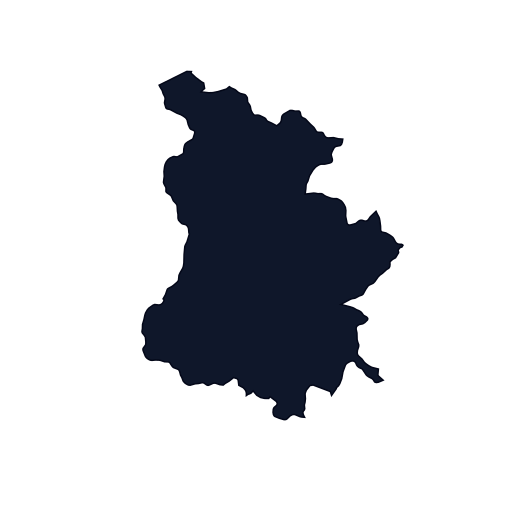 the District of Rasinski, rotated 123°
{"feature_id": "SRB-833", "entity_name": "Rasinski", "entity_type": "District", "adm_level": 1, "iso_a3": "SRB", "parent_name": "Republic of Serbia", "parent_adm1": "", "projection": "mercator", "projection_center": [21.143, 43.49], "detail": "fine", "context": "isolated", "style": "filled", "palette": "ink", "viewbox_px": 512, "rotation_deg": 123, "n_neighbors": 0, "source": "natural_earth", "source_scale": "10m", "svg_char_len": 6155}
<svg xmlns="http://www.w3.org/2000/svg" viewBox="0 0 512 512"><g transform="rotate(123 256 256)"><path d="M148.3,391.5L144.8,384.5L142.5,381.2L138.8,377.4L132.0,371.7L128.5,370.6L128.5,368.2L127.9,364.6L127.9,363.5L128.4,359.9L128.3,358.8L128.2,357.7L126.9,353.9L126.7,352.9L126.9,351.9L127.7,350.0L128.1,349.4L131.1,347.1L131.6,346.5L132.7,343.8L133.6,342.3L136.2,339.8L136.9,338.8L138.1,336.7L138.7,334.8L138.7,334.0L138.4,333.4L137.1,331.7L136.5,330.6L136.1,329.3L135.5,324.5L135.5,322.9L136.4,321.1L136.7,319.7L136.0,315.3L135.5,309.5L131.5,308.3L130.3,308.2L128.5,308.6L125.5,310.1L124.3,310.4L122.8,310.3L121.8,310.0L115.3,306.7L114.2,304.9L113.2,302.1L111.1,299.1L111.0,298.5L111.2,297.7L111.8,296.8L113.9,294.7L114.5,293.2L114.6,292.3L114.2,290.1L114.2,289.0L115.8,282.3L116.6,277.7L117.0,276.6L118.6,273.3L118.7,272.4L118.5,271.5L116.6,268.5L116.3,267.6L116.3,266.9L116.6,266.2L117.7,264.3L118.2,262.9L118.3,261.9L118.1,260.8L117.6,259.7L114.5,255.5L112.8,250.7L110.7,246.9L113.6,245.6L115.9,245.1L117.5,245.5L120.3,248.4L121.6,249.2L123.1,249.4L127.2,249.0L129.8,248.3L130.7,247.5L133.1,244.8L133.9,244.2L134.7,243.8L136.1,243.7L137.1,244.2L138.0,244.9L141.0,247.8L141.8,248.7L143.3,251.1L144.6,252.4L146.6,253.5L149.1,254.5L153.0,255.0L159.6,254.8L164.9,253.3L167.7,253.1L168.9,252.8L172.7,250.7L177.3,248.5L171.9,242.0L171.2,240.8L170.0,238.0L168.2,235.4L167.8,233.9L168.0,231.5L167.8,229.4L166.7,224.6L165.8,222.5L163.9,219.5L163.6,218.2L163.4,215.6L163.4,214.2L164.0,212.2L165.1,209.8L166.5,207.5L168.9,205.4L173.3,202.8L174.3,202.0L179.2,197.2L179.5,196.2L179.5,195.3L179.1,194.4L178.4,193.6L174.4,190.0L170.7,188.9L169.3,188.1L168.3,186.7L167.4,183.6L166.8,182.8L166.0,182.1L164.5,181.6L160.8,181.5L153.1,179.7L154.7,177.2L156.2,174.4L157.2,173.0L159.1,171.2L163.1,167.8L166.3,165.6L166.8,165.1L167.2,164.3L167.3,163.4L165.9,159.6L165.7,157.0L165.6,154.3L165.8,151.7L166.2,150.4L168.0,147.1L168.5,146.0L168.7,144.8L168.6,143.7L168.3,142.6L166.9,140.3L166.8,139.4L166.9,138.6L169.0,138.5L170.4,139.7L173.4,140.1L173.9,139.8L175.1,138.5L175.6,138.2L181.5,138.0L184.5,139.6L187.6,140.4L188.6,140.1L190.1,139.0L191.9,138.1L193.3,137.9L194.2,138.1L196.2,139.1L201.6,140.5L204.6,141.7L207.1,142.2L212.6,142.4L214.7,142.8L215.4,143.1L218.7,145.2L220.2,145.7L224.4,145.8L229.6,145.4L231.1,145.9L233.2,147.6L236.7,149.5L237.6,150.1L239.4,152.1L240.8,153.2L250.4,158.5L247.4,149.6L246.6,146.7L246.4,145.2L246.3,142.5L245.8,140.0L245.7,137.8L246.1,136.1L247.0,133.9L247.1,132.9L246.9,130.5L247.0,129.5L247.3,128.6L247.8,128.0L249.0,127.7L252.6,128.5L254.7,129.5L257.3,132.1L258.1,132.5L259.8,133.1L261.0,133.1L262.7,132.3L265.6,129.4L271.0,125.7L272.7,123.9L274.6,121.4L276.2,120.5L279.9,119.5L282.2,118.3L283.0,117.5L283.7,116.5L284.0,115.5L284.7,111.0L286.2,107.1L286.5,104.5L286.6,101.8L286.4,99.0L286.1,97.6L284.1,91.8L289.0,89.2L289.7,88.6L290.0,87.6L290.9,81.7L295.2,84.6L296.6,86.2L297.0,87.5L297.0,88.0L295.9,90.3L295.6,91.9L296.0,95.5L295.9,97.8L295.7,98.8L293.2,104.6L292.9,105.6L293.4,108.7L293.2,110.8L292.6,112.3L291.3,114.2L290.8,115.7L290.9,116.7L291.5,118.0L292.3,118.9L293.2,119.6L296.2,121.2L298.0,121.6L299.1,121.5L305.7,120.0L312.2,117.3L317.4,116.2L319.9,116.1L322.9,116.9L323.4,116.4L331.8,116.7L329.2,119.8L333.1,137.8L335.3,140.2L341.1,140.7L344.0,140.1L345.1,139.6L348.8,136.8L352.0,135.2L354.6,134.3L357.6,131.9L359.1,131.6L360.5,131.8L362.0,131.3L363.5,129.6L364.8,127.4L366.3,130.2L366.8,131.6L367.8,137.1L368.7,138.5L369.3,139.1L371.4,140.3L375.8,141.3L376.9,141.9L377.5,142.6L378.0,143.4L379.4,148.1L380.3,152.8L380.2,153.7L379.5,155.0L377.8,156.6L375.2,158.0L374.1,158.3L373.1,158.3L370.4,157.5L369.4,157.4L368.1,157.9L367.6,158.4L366.9,159.7L366.3,167.7L368.5,167.7L370.8,171.3L372.2,175.1L372.4,179.5L370.7,185.0L373.5,185.4L375.1,186.3L376.3,187.3L378.3,188.1L376.5,189.2L375.1,190.5L374.1,192.2L373.4,194.9L373.8,200.0L370.0,203.2L369.5,204.0L369.2,204.8L369.4,205.9L370.2,208.6L375.6,210.4L379.8,212.5L382.1,213.2L383.6,216.2L384.7,220.6L385.1,221.4L386.2,222.7L389.5,224.8L390.4,225.5L390.8,226.2L391.0,226.9L391.0,227.9L390.9,230.3L391.1,231.3L391.6,232.2L394.2,234.7L396.4,237.5L400.2,240.8L401.0,242.3L401.2,243.3L401.3,245.6L401.2,246.7L400.7,248.6L400.3,249.3L398.3,252.0L397.0,254.4L394.6,257.0L393.6,258.6L393.5,259.6L394.5,264.4L394.4,265.4L394.0,266.7L392.4,270.3L392.4,271.2L392.8,272.2L394.5,275.1L395.6,279.3L396.2,280.7L398.1,283.8L400.2,286.4L400.9,287.9L401.1,289.0L401.2,291.2L401.0,292.3L400.7,293.4L400.2,294.4L396.8,299.2L396.0,299.9L395.0,300.4L390.7,300.2L389.9,300.5L388.2,301.5L384.3,304.6L383.4,306.5L382.4,309.5L381.8,310.2L381.3,310.6L378.8,311.7L375.2,313.9L370.5,315.3L366.1,317.0L363.9,317.6L360.3,317.8L358.1,317.5L353.3,315.6L351.8,314.5L350.1,311.0L349.4,310.1L348.5,309.4L346.8,308.7L344.4,308.7L343.4,309.0L342.6,309.6L342.4,310.2L342.5,310.6L337.7,310.9L332.5,312.2L331.7,312.2L330.3,311.6L327.5,310.0L325.7,309.3L321.0,307.9L319.3,307.7L318.4,307.9L314.1,310.1L311.6,310.5L306.2,310.8L304.2,311.3L301.1,312.7L293.8,317.2L287.0,320.8L285.6,321.2L281.7,321.6L273.7,323.9L273.6,324.3L273.1,324.9L269.8,327.5L269.0,328.5L268.4,329.6L268.0,331.3L268.1,332.3L269.1,335.1L269.2,336.1L268.7,338.5L268.1,340.5L266.8,342.0L263.6,344.1L261.2,346.3L257.8,348.8L256.5,349.9L256.1,350.6L255.7,351.4L254.7,355.5L251.9,359.6L251.6,361.1L251.5,365.0L251.3,366.0L250.9,366.7L248.5,368.2L247.6,368.9L246.0,371.9L245.3,372.9L244.5,373.8L239.1,376.4L235.3,379.2L231.2,381.2L228.7,382.1L225.9,382.5L223.1,382.3L220.9,381.6L217.9,379.7L217.2,379.0L216.3,376.9L215.5,375.8L210.0,372.9L208.5,373.1L205.7,374.8L203.0,375.9L201.3,376.3L200.1,376.3L197.5,375.4L192.5,372.8L191.4,372.9L186.8,374.2L185.5,374.8L184.9,375.5L184.6,376.4L185.2,379.4L185.1,380.3L184.7,381.4L182.7,384.4L179.4,387.9L178.7,389.4L178.4,390.6L178.3,393.2L178.4,395.9L179.3,400.1L179.9,407.3L180.2,408.6L180.9,410.2L181.1,410.8L181.0,411.7L180.8,412.3L178.0,415.6L177.2,416.3L173.9,417.7L172.7,418.6L172.0,419.5L170.4,422.3L168.3,424.8L166.4,428.8L165.5,430.3L138.9,414.6L136.5,410.6L138.0,410.2L139.1,403.8L139.6,396.6L139.4,394.1L143.5,390.3L147.2,391.4L148.3,391.5Z" fill="#0f172a" stroke="#020617" stroke-width="1.5"/></g></svg>